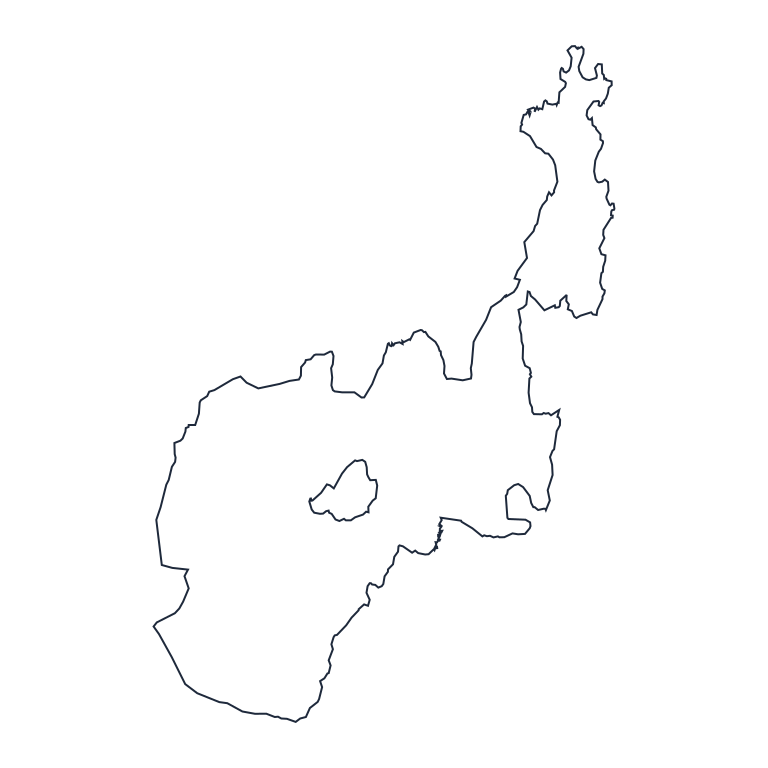 outline of Bukoba, Kagera, United Republic of Tanzania
{"feature_id": "72390352B68293795880239", "entity_name": "Bukoba", "entity_type": "district", "adm_level": 2, "iso_a3": "TZA", "parent_name": "United Republic of Tanzania", "parent_adm1": "Kagera", "projection": "natural_earth1", "projection_center": [31.68, -1.353], "detail": "fine", "context": "isolated", "style": "outline", "palette": "slate", "viewbox_px": 768, "rotation_deg": 0, "n_neighbors": 0, "source": "geoboundaries", "source_scale": "gbopen_adm2", "svg_char_len": 6084}
<svg xmlns="http://www.w3.org/2000/svg" viewBox="0 0 768 768"><path d="M473.6,342.0L471.8,363.6L470.8,368.2L471.5,374.8L471.0,378.5L462.7,380.3L451.5,378.6L446.9,379.0L444.0,373.5L444.5,366.0L443.4,360.1L441.0,355.1L440.7,351.4L439.6,350.9L438.3,346.8L435.4,341.9L428.3,336.4L425.4,331.9L423.9,332.1L421.9,330.2L420.6,330.0L413.8,332.6L410.1,339.9L409.3,339.3L403.8,342.1L402.3,341.0L402.6,344.0L399.5,342.3L394.9,343.3L393.6,345.2L392.1,343.3L391.9,345.8L391.2,346.2L389.8,345.4L388.8,343.2L387.9,343.8L385.8,352.3L383.9,355.5L382.5,363.4L377.8,369.9L372.2,384.1L364.2,397.4L361.5,397.5L354.4,392.3L341.9,392.3L334.7,391.4L332.9,390.1L331.4,385.4L332.2,377.5L331.1,368.2L332.8,364.3L333.5,356.0L331.9,351.7L330.1,351.6L324.2,354.6L316.0,354.5L314.2,355.1L310.6,359.3L305.8,360.1L305.1,362.5L301.1,367.1L300.9,375.7L298.9,379.5L289.5,380.9L279.7,383.9L258.3,388.4L246.6,382.7L240.5,376.5L232.9,379.2L214.4,390.1L209.2,391.7L207.2,396.1L200.8,400.3L199.7,402.5L198.9,413.7L195.2,425.0L188.7,425.0L188.5,427.0L185.8,428.0L185.4,431.6L182.7,438.5L180.4,440.7L174.4,443.0L174.7,454.1L175.6,457.6L175.1,461.9L171.9,466.8L168.7,480.0L166.3,484.7L160.6,507.2L156.3,519.9L161.8,565.0L172.3,567.9L188.0,569.6L184.5,576.2L188.7,588.4L183.1,601.7L179.3,608.5L174.9,613.2L156.8,622.4L153.6,626.5L159.0,634.1L171.8,657.2L185.2,684.1L197.2,693.2L219.3,702.1L227.3,703.2L242.4,711.5L255.0,713.8L266.3,713.7L274.8,717.0L278.0,716.7L281.3,718.5L286.9,718.8L295.7,721.9L300.2,718.5L305.9,717.0L309.9,708.0L317.7,701.9L319.1,699.0L322.1,687.1L320.1,681.1L324.4,678.3L327.4,673.5L328.7,673.1L330.6,665.4L328.7,660.3L332.9,649.2L331.4,644.3L333.6,637.2L334.7,635.4L337.0,634.9L346.2,625.3L351.6,617.6L358.6,610.3L358.7,609.2L364.1,604.4L368.0,605.8L369.7,599.8L366.5,592.8L367.6,586.2L369.7,583.2L370.9,583.2L372.1,584.5L375.3,584.9L378.3,587.6L381.7,586.2L383.3,584.0L384.6,576.3L387.9,571.8L388.0,569.4L393.0,564.3L394.3,556.8L398.0,551.7L398.5,546.4L399.5,545.4L402.9,546.3L412.1,552.7L415.2,550.6L418.2,553.1L425.2,554.5L428.6,554.2L433.8,549.2L434.5,550.2L435.1,548.4L437.2,548.1L437.0,546.7L435.1,546.9L436.2,544.7L435.6,542.2L437.0,542.4L438.0,540.7L439.5,540.7L440.0,539.6L438.2,539.3L439.3,536.9L438.2,536.6L438.1,534.7L439.1,534.3L440.0,535.5L440.5,533.8L439.5,532.7L441.4,532.4L442.2,530.8L439.8,531.0L439.9,528.6L441.3,526.8L439.6,526.0L441.0,525.5L439.3,524.1L441.7,520.1L440.7,517.7L461.1,520.7L461.6,521.8L472.4,528.3L482.4,536.4L484.2,535.3L486.9,536.2L490.0,535.8L493.5,537.4L497.9,536.4L499.4,537.3L504.3,537.2L512.5,533.4L518.1,534.3L525.0,533.9L529.7,528.3L530.5,526.1L530.1,522.4L525.5,519.7L508.4,519.0L507.4,517.8L505.8,495.8L507.2,493.8L507.8,490.2L514.2,485.2L518.2,484.0L523.1,487.1L529.7,495.9L531.2,503.0L533.3,507.1L534.6,507.1L538.1,510.0L543.8,508.7L545.4,508.8L545.9,510.1L549.8,500.5L547.7,490.2L552.6,475.0L552.1,464.7L550.0,457.1L552.5,450.9L554.1,449.3L556.7,431.2L559.9,425.2L560.1,419.8L558.7,417.3L557.4,416.8L559.2,409.9L551.0,415.3L548.5,413.1L545.7,413.7L543.7,413.0L541.9,414.3L533.9,414.1L532.3,411.9L532.0,407.3L530.0,403.2L528.6,392.7L529.4,378.5L531.3,376.7L529.9,374.2L530.9,372.9L529.7,368.2L525.1,365.7L522.7,358.5L523.1,345.9L521.6,341.4L521.2,334.3L519.8,329.4L519.5,327.0L520.8,322.0L518.5,309.8L523.3,307.4L526.3,304.5L527.8,291.5L529.5,292.0L530.9,296.0L535.1,299.5L544.4,310.3L554.8,305.3L555.3,307.8L558.7,307.2L559.8,306.0L560.3,300.7L566.1,295.4L566.6,295.6L566.3,301.0L568.8,304.3L567.8,309.3L571.9,311.0L574.2,316.5L576.4,318.0L580.4,315.7L591.2,312.3L592.9,314.4L596.6,315.0L597.4,309.9L602.5,299.1L602.5,296.6L604.4,293.3L604.8,290.4L602.2,288.9L600.1,282.7L601.4,273.2L602.9,271.8L603.2,266.8L605.2,260.7L605.5,255.3L601.4,254.2L599.3,248.3L604.4,238.1L603.2,234.9L603.5,229.8L611.0,218.0L612.6,217.7L612.7,215.6L611.0,215.3L611.3,211.5L612.0,210.2L614.1,209.7L614.4,208.6L613.6,203.7L612.0,203.5L610.4,205.3L609.4,204.7L606.6,198.6L606.3,196.8L608.5,190.7L608.0,182.0L604.8,179.6L602.2,181.7L598.9,182.4L597.5,181.9L595.6,178.9L594.1,171.4L595.3,160.5L598.8,151.7L601.0,148.8L603.0,143.1L602.9,141.2L600.4,139.6L600.5,134.4L596.2,129.3L595.8,127.4L592.6,125.1L591.9,118.1L590.3,119.7L588.5,119.2L586.6,115.4L587.3,110.1L593.5,101.5L598.5,101.0L599.2,101.9L598.6,105.3L600.1,106.1L601.5,105.4L602.6,102.9L603.8,103.2L603.7,101.4L606.0,98.5L607.8,93.7L608.8,87.7L611.7,85.2L611.6,81.4L606.3,80.1L606.2,78.8L605.1,78.3L604.2,78.9L603.8,75.0L602.2,73.5L601.8,64.4L598.1,64.0L595.0,68.1L596.9,75.5L596.4,77.9L589.3,80.1L585.9,79.4L582.6,77.3L579.3,71.1L578.6,66.8L583.4,53.8L583.6,49.1L581.6,46.8L578.0,48.7L577.8,47.7L576.8,48.3L575.0,46.1L571.7,46.3L567.5,50.4L571.6,57.7L570.7,66.3L569.0,70.4L566.1,72.6L563.6,71.4L562.9,68.8L561.7,68.0L561.1,68.7L560.1,72.5L560.5,79.0L565.2,81.9L565.9,83.2L565.1,86.9L559.4,92.3L558.6,102.8L557.7,102.5L556.7,105.0L556.3,103.8L552.4,104.6L547.5,103.6L546.8,101.4L545.4,100.4L544.1,101.5L542.3,109.2L539.7,108.4L538.4,109.7L537.0,107.0L534.6,111.8L535.1,108.6L533.5,107.6L528.2,109.6L530.0,111.1L529.2,111.4L529.5,114.1L530.1,113.8L529.6,115.5L528.0,111.0L526.0,114.4L523.7,114.9L521.4,122.9L522.1,124.6L520.7,126.3L520.5,131.2L523.4,131.8L530.0,136.1L536.5,147.0L540.9,148.9L545.1,153.3L548.4,153.7L553.0,159.6L555.2,165.3L557.4,181.7L554.0,190.5L554.1,192.3L551.5,195.4L549.0,192.3L547.2,196.5L546.8,200.0L542.6,204.9L540.0,210.1L537.2,223.7L535.1,226.0L533.6,231.1L524.3,242.1L527.0,258.0L517.6,270.8L514.6,278.5L519.9,279.8L517.1,287.2L513.8,292.0L506.1,296.6L506.1,295.3L505.1,295.8L500.8,300.6L491.1,307.2L486.1,319.8L476.2,336.9L473.6,342.0ZM362.3,459.9L365.2,461.8L366.7,467.2L367.1,474.4L368.4,477.2L370.2,480.2L375.8,479.9L377.2,485.6L375.7,498.3L372.7,500.6L368.3,506.7L368.5,512.3L366.1,511.7L363.0,514.6L355.1,517.3L350.9,520.3L345.8,520.3L344.0,518.8L339.4,521.0L335.5,519.5L331.7,513.9L329.1,512.7L328.6,510.6L326.1,511.2L323.1,513.6L320.0,513.8L314.2,512.7L311.7,509.5L309.3,501.5L310.3,498.6L310.9,498.5L311.4,500.7L312.5,500.5L321.1,492.8L326.9,484.4L329.9,485.3L333.8,488.4L342.0,473.6L347.1,467.1L355.1,460.4L357.0,461.1L362.3,459.9Z" fill="none" stroke="#1e293b" stroke-width="2"/></svg>